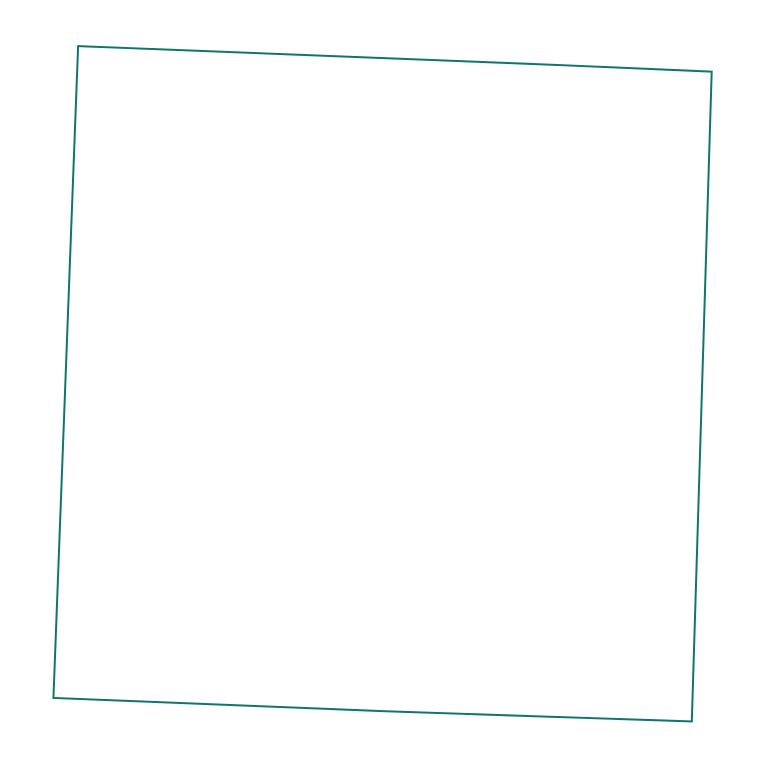 outline of Osceola, Michigan, United States of America, rotated 182°
{"feature_id": "52423323B21410531256975", "entity_name": "Osceola", "entity_type": "district", "adm_level": 2, "iso_a3": "USA", "parent_name": "United States of America", "parent_adm1": "Michigan", "projection": "mercator", "projection_center": [-85.386, 43.989], "detail": "fine", "context": "isolated", "style": "outline", "palette": "teal", "viewbox_px": 768, "rotation_deg": 182, "n_neighbors": 0, "source": "geoboundaries", "source_scale": "gbopen_adm2", "svg_char_len": 254}
<svg xmlns="http://www.w3.org/2000/svg" viewBox="0 0 768 768"><g transform="rotate(182 384 384)"><path d="M64.6,57.5L67.4,707.6L227.2,708.9L701.5,711.0L703.4,58.7L372.2,57.0L225.4,57.2L64.6,57.5Z" fill="none" stroke="#0f766e" stroke-width="2"/></g></svg>